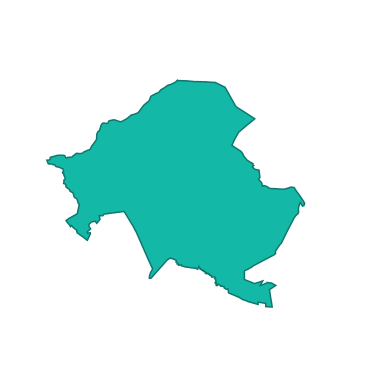 Šķilbēnu pag., Vilakas, Latvia (Albers equal-area conic projection), rotated 218°
{"feature_id": "27541924B83707221611867", "entity_name": "Šķilbēnu pag.", "entity_type": "district", "adm_level": 2, "iso_a3": "LVA", "parent_name": "Latvia", "parent_adm1": "Vilakas", "projection": "albers", "projection_center": [27.683, 57.053], "detail": "fine", "context": "isolated", "style": "filled", "palette": "teal", "viewbox_px": 384, "rotation_deg": 218, "n_neighbors": 0, "source": "geoboundaries", "source_scale": "gbopen_adm2", "svg_char_len": 5949}
<svg xmlns="http://www.w3.org/2000/svg" viewBox="0 0 384 384"><g transform="rotate(218 192 192)"><path d="M187.6,288.3L196.5,287.6L209.9,286.3L230.5,294.9L241.2,292.6L245.0,289.9L249.1,287.2L250.9,285.8L252.5,284.7L258.2,280.4L264.5,276.4L271.9,271.0L272.3,271.1L272.7,268.5L272.9,267.8L274.5,264.5L275.2,263.3L276.5,261.6L276.9,260.8L277.1,260.3L277.5,258.7L277.8,257.5L278.8,255.0L279.3,253.8L279.6,252.9L279.4,250.9L279.7,249.8L280.2,248.8L280.3,248.5L280.5,248.3L280.6,248.0L281.0,247.6L281.2,247.0L281.6,246.2L281.7,245.7L282.5,244.3L283.1,242.7L283.3,242.1L283.3,241.7L282.3,238.8L282.1,238.1L282.0,237.7L282.1,236.9L282.2,236.4L283.3,231.5L283.4,231.0L283.3,222.0L283.3,221.4L283.6,220.7L285.3,217.8L287.2,215.3L287.3,215.1L288.6,209.3L290.9,204.1L291.2,203.7L291.8,203.3L292.7,202.8L296.9,201.4L298.1,200.7L300.2,198.3L300.6,197.9L301.1,197.0L301.2,196.7L301.2,196.2L300.6,194.9L300.7,194.4L300.9,194.0L301.4,193.6L302.1,193.1L304.1,192.0L304.6,191.5L304.8,190.9L304.9,190.0L304.8,189.6L304.7,188.7L302.9,183.8L302.8,183.4L303.3,181.5L303.2,181.0L302.6,179.1L302.1,178.1L300.1,175.4L299.6,174.7L299.4,172.3L299.3,167.3L299.3,166.5L298.6,162.9L298.6,162.6L299.9,160.7L300.9,158.6L301.3,158.2L301.8,157.1L302.0,156.5L302.2,155.3L302.5,154.7L302.9,154.3L303.9,153.4L304.7,152.7L305.6,152.1L306.7,151.6L307.5,149.3L307.6,148.1L308.2,146.5L308.1,145.7L308.2,145.4L308.8,144.9L309.8,144.2L310.5,143.3L311.0,143.0L311.3,142.7L311.5,142.1L312.2,141.3L312.6,141.3L313.8,141.9L314.9,142.3L315.8,141.8L317.8,140.4L319.5,139.0L320.2,138.5L320.5,138.1L321.8,136.4L322.4,135.7L323.6,133.9L324.7,132.6L324.9,132.3L325.0,131.8L324.9,131.6L324.7,131.4L324.2,131.2L323.9,130.8L323.9,130.3L324.0,129.9L324.2,129.5L324.5,129.1L326.0,127.7L322.8,125.8L322.5,125.7L321.0,126.7L320.2,127.6L318.8,127.9L318.3,127.9L317.2,128.8L316.4,128.8L315.1,128.3L314.9,128.3L313.1,129.1L312.1,129.7L308.8,130.4L308.1,130.7L307.8,130.7L306.0,129.5L305.9,129.2L306.2,128.1L305.5,127.2L305.3,127.2L304.3,127.6L303.4,126.4L302.1,125.8L300.3,124.7L300.0,124.3L300.2,122.2L299.3,121.5L299.0,120.9L298.5,119.7L298.0,119.7L296.9,120.2L296.6,120.2L295.7,119.9L294.5,118.4L290.1,118.5L288.7,117.6L287.5,117.7L285.4,118.1L284.3,117.4L281.7,115.5L280.5,115.5L278.7,115.7L277.9,115.3L274.5,113.0L274.3,112.9L273.3,113.0L269.0,104.2L272.6,95.6L273.7,92.0L273.6,91.8L268.5,90.6L266.4,89.9L266.4,91.5L265.0,91.1L263.6,90.9L261.5,90.8L259.2,91.0L258.5,89.9L257.9,89.8L257.5,89.1L248.5,89.5L244.8,89.4L244.8,89.8L245.8,94.2L246.4,96.6L247.1,97.3L249.0,95.2L250.0,96.3L249.3,99.8L249.1,100.4L249.2,100.5L251.7,101.4L252.0,101.6L253.2,102.9L253.3,103.0L252.7,106.4L252.3,107.2L250.2,109.3L247.7,108.7L247.7,113.9L250.5,116.2L247.7,118.4L247.7,119.8L247.6,120.6L244.8,123.3L244.4,123.9L241.6,126.7L233.5,134.9L218.4,129.2L216.2,128.3L212.5,126.5L212.2,126.6L183.6,111.2L176.3,107.5L176.0,107.6L175.4,105.7L175.1,103.1L174.8,102.3L173.7,99.5L173.2,98.6L172.4,97.7L171.2,98.9L170.9,104.2L170.5,109.9L170.4,112.1L170.1,115.8L169.8,122.7L169.7,122.7L168.9,125.9L168.1,126.2L168.1,126.7L167.3,127.1L162.4,128.5L161.3,126.8L160.1,127.1L159.4,126.1L158.1,126.8L157.5,126.0L155.5,128.0L154.9,127.3L150.8,129.0L148.6,130.4L146.2,131.6L143.8,133.2L142.4,134.0L140.0,134.6L140.7,136.8L140.8,137.6L140.3,137.2L139.6,137.0L139.3,136.7L138.8,136.8L138.4,137.0L138.2,137.0L138.1,136.8L138.1,136.6L138.2,136.4L138.1,136.2L137.9,136.2L137.6,136.5L136.9,136.6L136.7,136.8L136.2,136.8L136.2,136.5L136.1,136.4L135.5,136.5L135.3,136.6L135.3,136.8L135.4,137.0L135.1,137.2L134.4,136.9L134.3,137.0L134.2,137.3L133.9,137.0L133.9,136.9L134.0,136.7L133.9,136.6L133.5,136.6L133.3,136.7L133.3,137.0L132.6,137.2L132.2,137.3L132.0,137.1L131.8,136.9L131.5,136.2L131.0,136.2L130.9,136.2L130.7,136.3L130.8,136.5L131.1,136.7L130.8,137.0L130.6,137.4L130.1,137.1L129.8,137.0L129.7,137.1L129.6,137.3L129.3,137.2L128.9,137.3L129.1,137.7L128.1,138.1L128.0,137.8L127.9,137.6L127.5,137.5L126.8,137.7L126.6,137.3L126.4,137.3L126.0,137.6L125.8,138.0L125.7,138.1L125.3,138.0L124.9,137.8L124.3,137.2L124.1,137.1L123.8,137.2L123.2,137.8L122.9,138.5L122.3,138.7L121.4,139.1L121.3,138.9L121.1,138.7L120.9,138.7L120.9,138.8L120.9,137.7L120.6,137.7L120.1,138.2L119.7,137.7L119.3,137.4L119.1,137.0L118.0,136.4L117.7,136.1L118.0,135.6L118.0,135.3L117.9,134.6L117.6,134.5L116.3,134.9L116.1,134.4L116.1,134.0L115.9,133.7L115.5,133.4L115.3,133.6L115.2,133.9L114.9,133.7L114.6,133.6L114.4,133.8L114.4,134.1L114.5,134.4L114.8,134.6L114.9,134.9L114.7,135.2L114.1,135.6L113.1,135.7L112.4,135.7L112.1,135.8L112.0,135.6L111.7,135.5L111.4,135.5L111.2,135.6L110.9,136.2L110.5,136.1L110.1,136.2L109.6,136.7L108.5,137.1L108.3,137.0L107.6,136.2L107.1,136.2L106.9,136.3L106.5,136.4L105.4,136.3L105.2,136.5L104.2,137.7L103.1,136.9L101.1,135.0L98.7,135.6L93.9,137.0L92.7,137.2L90.0,138.0L86.0,138.4L82.3,139.7L80.5,140.1L70.7,144.1L71.5,145.2L72.1,145.9L65.4,149.6L63.3,147.1L58.0,150.7L61.6,154.2L65.1,157.2L66.0,158.2L70.9,162.8L69.8,165.8L68.5,170.0L73.4,169.2L76.0,167.6L75.9,167.6L76.7,167.0L78.4,163.9L79.6,161.9L80.7,160.4L81.5,165.5L86.2,158.4L96.8,155.3L102.2,162.2L100.7,164.9L98.6,169.8L98.3,171.5L88.5,193.4L88.4,194.4L88.3,195.1L89.3,195.9L89.9,197.7L90.3,204.5L90.1,206.8L91.0,211.0L92.9,220.1L95.6,234.7L95.7,237.3L95.3,239.2L95.2,239.6L95.4,241.5L96.5,242.7L98.3,245.1L99.1,246.8L100.3,250.4L96.2,248.9L95.4,250.2L96.3,252.5L98.8,253.5L104.8,255.5L110.1,256.9L114.3,258.4L116.8,257.0L117.9,255.6L118.6,254.4L120.6,251.5L122.5,249.9L125.1,248.0L127.7,246.4L132.4,243.0L134.2,242.5L135.2,242.6L137.3,242.2L137.7,241.8L138.6,241.7L139.5,241.2L139.7,240.5L140.1,240.0L142.8,242.2L147.3,243.0L147.4,245.2L152.6,250.5L156.3,248.7L156.9,248.5L160.0,249.1L159.6,250.9L160.5,250.9L161.0,251.2L161.4,251.6L161.5,251.9L164.3,251.4L168.3,251.0L173.2,252.2L175.2,253.2L175.5,253.4L178.5,254.2L186.5,253.5L189.4,253.4L190.0,256.4L191.0,260.7L192.0,267.7L191.4,271.1L189.7,279.3L189.4,280.2L187.6,288.3Z" fill="#14b8a6" stroke="#0f766e" stroke-width="1.5"/></g></svg>